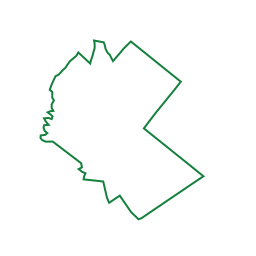 Ramilândia, Paraná, Brazil, rotated 220°
{"feature_id": "56859067B17129043800586", "entity_name": "Ramilândia", "entity_type": "district", "adm_level": 2, "iso_a3": "BRA", "parent_name": "Brazil", "parent_adm1": "Paraná", "projection": "albers", "projection_center": [-54.036, -25.1], "detail": "fine", "context": "isolated", "style": "outline", "palette": "green", "viewbox_px": 256, "rotation_deg": 220, "n_neighbors": 0, "source": "geoboundaries", "source_scale": "gbopen_adm2", "svg_char_len": 1088}
<svg xmlns="http://www.w3.org/2000/svg" viewBox="0 0 256 256"><g transform="rotate(220 128 128)"><path d="M61.3,64.9L59.8,67.3L55.3,83.2L45.3,118.3L43.9,123.3L39.2,139.5L56.8,139.2L115.6,137.9L116.5,156.4L117.0,188.1L117.3,197.4L181.4,196.1L182.4,186.0L182.3,180.8L182.5,169.6L186.0,171.0L189.1,172.4L191.5,172.4L195.9,174.1L199.4,176.8L201.7,178.0L210.2,173.2L208.3,171.6L206.4,169.6L204.8,167.6L203.5,164.4L201.9,161.3L199.8,155.8L198.4,153.1L214.6,153.9L214.0,150.2L214.7,145.8L215.4,142.0L215.1,137.4L214.6,133.7L215.2,130.5L215.2,127.2L215.5,124.0L216.8,121.1L216.0,117.9L214.8,113.6L213.9,110.6L212.4,106.9L209.2,107.0L205.6,102.6L202.6,101.6L201.6,97.0L199.6,94.5L196.2,93.1L198.1,91.2L199.6,88.4L195.7,88.6L193.3,88.4L192.2,85.8L195.5,84.5L198.5,81.4L195.4,80.2L190.8,79.4L194.0,76.3L193.0,74.0L190.0,72.2L186.5,72.2L187.0,69.5L190.1,66.2L188.6,64.1L185.9,63.6L182.3,64.6L177.0,69.2L141.2,70.9L138.0,68.2L139.4,64.8L135.1,64.9L131.5,66.0L130.5,62.7L129.0,60.1L112.6,71.1L99.2,61.0L94.4,58.6L90.8,70.9L71.3,65.5L61.3,64.9Z" fill="none" stroke="#15803d" stroke-width="2"/></g></svg>